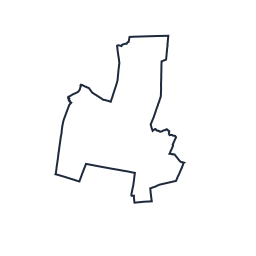 the district of Singureni, Giurgiu, Romania, rotated 145°
{"feature_id": "2599482B21174600796262", "entity_name": "Singureni", "entity_type": "district", "adm_level": 2, "iso_a3": "ROU", "parent_name": "Romania", "parent_adm1": "Giurgiu", "projection": "equal_earth", "projection_center": [25.934, 44.23], "detail": "fine", "context": "isolated", "style": "outline", "palette": "slate", "viewbox_px": 256, "rotation_deg": 145, "n_neighbors": 0, "source": "geoboundaries", "source_scale": "gbopen_adm2", "svg_char_len": 5450}
<svg xmlns="http://www.w3.org/2000/svg" viewBox="0 0 256 256"><g transform="rotate(145 128 128)"><path d="M89.5,201.7L89.8,201.6L92.9,195.8L93.8,194.0L94.7,192.3L94.8,192.0L95.5,190.5L95.9,189.8L96.1,189.4L96.7,188.3L97.2,187.3L97.7,186.3L97.8,186.2L98.0,186.0L100.5,183.2L101.3,182.3L102.1,181.4L102.5,181.0L104.6,178.5L104.8,178.2L105.2,177.8L106.9,175.8L107.4,175.2L108.8,173.6L109.7,172.6L109.9,172.5L110.0,172.4L112.7,170.2L113.0,170.0L113.1,169.9L117.8,166.4L118.2,166.1L121.1,163.9L123.8,161.8L125.0,161.0L125.8,160.4L126.3,160.0L127.1,159.4L127.5,160.0L128.1,160.7L128.2,161.0L128.4,161.4L128.7,161.6L129.1,162.0L130.4,163.6L130.9,164.3L131.3,164.6L132.1,165.2L132.5,166.5L132.7,167.1L133.6,169.3L134.1,170.3L134.3,171.0L134.7,171.9L135.0,172.5L135.3,173.5L136.2,175.3L136.4,176.2L137.1,177.7L137.1,178.1L137.0,178.9L137.1,180.1L137.1,181.9L137.1,183.0L137.4,183.5L138.0,184.4L138.4,185.1L138.5,185.5L139.1,186.1L139.4,186.7L140.1,187.9L140.3,188.3L140.6,188.9L140.9,189.6L141.2,189.8L141.6,190.3L141.8,190.5L142.2,190.4L142.6,190.1L142.7,189.3L142.8,189.2L144.0,188.4L144.4,188.1L144.8,187.7L145.2,187.4L145.8,186.9L146.2,186.8L147.0,186.6L147.5,186.4L147.9,186.2L149.6,186.4L152.4,186.9L153.8,187.2L155.7,187.3L158.7,187.6L158.9,187.7L159.0,187.7L159.1,187.8L159.3,187.7L159.5,187.5L159.6,187.1L160.0,186.6L160.0,186.4L159.9,186.3L159.8,186.2L159.5,186.2L159.2,186.1L159.1,185.8L159.2,185.6L159.4,185.5L160.5,184.9L160.6,184.7L160.6,184.2L160.2,183.9L160.1,183.7L160.3,183.5L160.5,183.3L160.6,183.1L160.6,182.9L160.6,182.7L160.4,182.3L160.0,181.7L159.9,181.3L162.9,180.6L163.7,180.1L165.0,179.1L167.1,177.7L174.2,172.8L175.5,171.9L177.7,170.1L179.7,168.2L181.1,166.8L183.4,164.3L183.9,163.7L185.2,162.2L185.5,161.8L186.0,161.3L186.3,161.1L186.7,160.6L188.4,159.0L189.6,157.7L190.3,156.9L193.6,153.4L197.2,149.5L198.4,148.2L199.4,147.2L200.0,146.5L201.8,144.5L202.3,143.9L204.1,142.0L205.3,140.7L209.2,136.6L210.1,135.5L210.3,135.3L211.8,133.7L213.4,132.0L213.5,131.9L213.9,131.7L213.6,131.3L213.0,130.7L210.3,127.3L208.6,125.2L201.9,116.5L198.8,112.4L198.5,112.1L195.5,114.2L189.6,118.3L189.3,118.4L189.3,118.5L185.8,120.8L183.0,122.7L179.1,118.7L175.7,115.2L172.0,111.4L171.4,110.9L171.1,110.5L169.6,109.0L167.2,106.6L165.3,104.6L160.4,99.8L158.1,97.5L157.5,96.8L156.7,96.0L155.7,95.1L155.4,94.7L154.6,94.0L153.7,93.1L152.6,92.0L150.2,89.4L149.1,88.3L148.1,87.3L150.4,84.8L153.5,81.3L154.0,80.8L156.2,78.4L158.1,76.6L158.6,76.2L164.2,70.8L164.3,70.8L164.6,70.9L162.0,69.1L163.1,67.5L165.2,63.8L165.5,63.1L157.5,58.6L150.6,54.3L148.0,59.3L147.4,60.4L146.8,61.6L145.3,64.2L144.6,65.3L144.4,65.8L141.5,65.0L139.6,64.4L137.0,64.0L134.7,63.5L119.0,57.1L114.5,60.0L113.4,60.5L109.6,62.8L108.9,63.3L107.4,64.2L107.1,64.4L106.7,64.4L106.5,64.5L106.3,64.8L106.0,65.1L104.1,66.3L104.0,66.5L103.2,67.0L102.4,67.5L102.0,67.5L102.2,67.8L103.4,69.1L103.7,69.2L104.0,69.7L104.2,70.0L104.3,70.4L104.5,71.0L104.5,71.4L104.7,73.6L104.8,75.8L104.9,77.0L105.0,79.4L105.0,79.5L106.5,80.8L106.3,80.9L108.8,83.1L107.7,83.7L106.8,84.3L102.9,86.6L101.9,87.2L101.4,87.6L101.0,87.9L100.9,88.0L100.9,88.3L101.1,88.5L101.0,88.8L100.4,89.1L97.8,90.6L96.5,91.4L94.0,92.8L93.9,92.9L94.1,93.5L94.1,93.8L94.1,94.1L94.1,94.4L94.0,94.5L94.6,95.2L95.1,95.6L95.3,95.8L95.5,96.0L95.8,96.3L95.8,96.7L95.8,96.9L95.9,97.0L96.2,97.2L96.6,97.6L96.9,97.8L97.0,97.9L97.4,98.0L97.7,98.1L97.9,98.1L98.0,98.2L98.0,98.4L98.0,98.5L97.9,99.2L97.8,99.7L97.6,100.2L97.5,100.3L97.2,100.6L96.9,100.9L96.6,101.0L96.4,101.3L96.1,101.6L96.0,102.0L96.2,102.3L96.3,102.5L96.6,103.0L96.8,103.2L96.9,103.4L96.9,103.5L96.8,103.8L96.7,104.0L96.8,104.5L97.0,104.8L97.5,105.0L97.9,105.0L98.4,105.0L98.8,104.9L98.9,105.0L99.2,105.2L99.9,105.5L100.3,105.6L101.0,105.8L102.1,105.8L102.3,105.9L103.7,106.4L103.8,106.5L104.0,106.7L104.1,107.0L104.1,107.4L104.2,107.6L104.3,107.7L104.6,107.9L104.7,108.2L104.7,108.3L104.9,108.4L105.0,108.5L105.3,108.8L105.5,109.1L105.8,109.3L105.8,109.6L105.9,109.9L106.1,110.1L106.1,110.3L106.0,110.6L106.0,110.9L106.1,111.2L106.2,111.5L106.6,111.6L106.9,111.7L107.5,111.7L109.2,111.5L109.3,111.5L109.2,111.7L109.3,112.0L109.2,112.6L108.5,114.9L107.4,117.7L107.3,117.9L107.3,118.0L106.5,118.5L105.3,119.2L101.9,121.4L100.9,122.0L100.1,122.6L97.9,124.2L94.1,127.0L92.5,128.2L91.0,129.1L90.9,129.2L90.5,129.5L90.1,129.8L90.0,130.0L89.9,130.1L89.5,130.4L88.6,130.9L88.2,131.2L87.7,131.5L87.3,131.8L86.6,132.4L86.2,132.7L84.7,133.8L84.4,134.0L84.2,134.1L83.8,134.4L83.2,134.9L83.0,135.2L82.4,135.8L81.5,137.0L80.2,138.8L79.4,139.8L79.1,140.3L78.7,140.7L78.0,141.7L77.9,141.8L77.4,142.6L76.5,144.0L72.4,149.5L72.2,149.8L72.0,150.0L71.3,151.0L70.8,151.8L70.6,152.0L70.1,152.7L67.3,156.5L65.3,159.3L64.2,160.8L64.0,161.0L62.3,163.3L57.6,162.2L55.5,164.6L50.4,170.6L50.1,170.9L48.4,172.8L48.1,173.0L47.9,173.3L47.7,173.9L47.7,174.0L46.9,174.8L46.4,175.3L46.1,175.7L45.9,175.9L45.1,176.9L42.1,180.4L44.0,181.7L45.6,182.8L45.9,183.0L47.1,183.7L48.0,184.4L50.1,185.8L58.8,191.5L59.3,191.9L59.8,192.2L61.4,193.2L63.2,194.4L64.0,194.9L65.8,196.1L66.3,196.4L69.6,198.6L71.5,199.8L72.9,200.7L73.3,201.0L74.5,201.7L75.3,200.9L78.1,198.2L78.4,198.2L78.9,198.4L79.1,198.4L79.3,198.4L79.9,198.3L80.1,198.2L80.7,197.8L81.7,198.4L82.0,198.6L82.4,198.7L83.4,199.1L84.0,199.3L84.6,199.4L84.8,199.5L85.0,199.5L85.5,199.4L86.1,198.9L86.3,198.8L86.5,199.0L86.7,199.3L87.3,200.1L87.5,200.4L87.8,200.6L88.2,201.0L88.6,201.3L89.1,201.6L89.5,201.7Z" fill="none" stroke="#1e293b" stroke-width="2"/></g></svg>